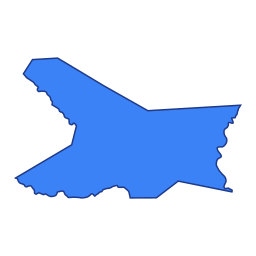 outline of Tomala, Lempira, Honduras
{"feature_id": "27666195B14707888377394", "entity_name": "Tomala", "entity_type": "district", "adm_level": 2, "iso_a3": "HND", "parent_name": "Honduras", "parent_adm1": "Lempira", "projection": "orthographic", "projection_center": [-88.742, 14.255], "detail": "fine", "context": "isolated", "style": "filled", "palette": "blue", "viewbox_px": 256, "rotation_deg": 0, "n_neighbors": 0, "source": "geoboundaries", "source_scale": "gbopen_adm2", "svg_char_len": 5653}
<svg xmlns="http://www.w3.org/2000/svg" viewBox="0 0 256 256"><path d="M240.6,105.2L147.9,110.7L104.0,85.9L57.6,58.1L32.5,59.6L23.4,73.8L24.8,75.4L26.1,77.0L26.7,77.7L27.1,77.9L27.4,78.2L29.1,79.3L31.7,81.0L32.6,81.6L33.2,82.0L33.5,82.3L34.1,82.9L34.5,83.5L35.0,84.3L35.4,84.8L35.7,85.0L37.5,86.4L38.2,87.1L38.3,87.2L38.1,87.7L38.0,88.0L37.7,88.4L37.5,88.7L37.4,89.0L37.4,89.4L37.4,89.8L37.5,90.3L37.8,90.7L38.1,91.1L38.3,91.3L38.6,91.4L39.0,91.5L39.4,91.5L40.0,91.4L41.1,91.2L41.6,91.2L42.3,91.2L44.0,91.3L44.8,91.4L45.3,91.5L45.6,91.7L45.8,91.8L46.1,92.1L46.5,92.5L46.7,92.9L46.9,93.3L47.1,94.0L47.3,94.4L47.6,94.7L48.5,95.4L49.1,96.0L50.0,97.0L50.2,97.3L50.4,98.0L50.7,99.2L50.8,99.6L51.2,100.3L51.7,100.9L52.0,101.3L52.2,101.7L52.4,102.2L52.4,102.4L52.4,102.6L52.0,104.7L52.0,104.8L53.1,105.4L54.6,106.3L58.3,108.6L58.7,109.0L59.1,109.8L59.2,110.2L59.4,110.9L59.5,111.1L59.6,111.3L60.1,111.6L60.7,112.0L61.1,112.1L61.9,112.2L62.2,112.4L62.4,112.5L62.8,113.0L63.3,113.7L63.9,114.7L64.1,115.2L64.2,115.8L64.3,116.2L64.6,116.8L64.9,117.2L65.5,117.6L66.1,118.0L66.6,118.2L67.3,118.4L67.8,118.6L68.4,118.9L68.9,119.3L69.0,119.4L69.1,121.8L69.3,123.2L69.4,123.6L69.7,123.9L70.2,124.3L70.7,124.5L71.0,124.6L71.3,124.7L71.9,124.6L72.3,124.5L72.5,124.4L72.7,124.2L73.0,123.8L73.1,123.7L73.2,123.4L73.3,123.2L73.5,123.1L73.8,123.1L74.1,123.2L74.5,123.5L75.2,124.1L75.5,124.5L75.7,124.8L76.0,125.2L76.2,125.7L76.4,126.1L71.7,144.8L15.4,178.1L15.5,178.2L16.1,178.2L16.7,178.4L17.2,178.7L17.5,178.9L17.6,179.2L17.8,179.7L18.0,180.3L18.5,181.5L19.1,182.3L19.3,182.6L19.5,182.8L19.9,183.0L20.5,183.3L21.2,183.6L22.9,184.1L23.2,184.3L24.0,184.7L24.3,185.0L24.5,185.2L24.6,185.5L24.8,185.9L25.0,186.2L25.2,186.4L25.5,186.6L26.1,186.8L26.4,186.8L26.6,186.8L27.1,186.7L28.0,186.3L28.7,186.1L30.1,185.7L30.3,185.7L30.5,185.7L30.9,185.9L31.2,186.1L31.5,186.4L32.4,187.8L33.3,188.9L33.9,189.6L34.2,189.9L34.3,190.3L34.4,190.7L34.6,193.2L34.6,193.3L34.8,193.5L35.3,193.8L35.9,194.1L36.1,194.1L36.3,194.1L38.9,192.7L42.5,194.3L43.5,194.6L43.9,194.6L44.7,194.2L45.2,193.9L45.4,193.9L46.1,194.2L48.2,195.5L49.2,196.0L49.7,196.2L50.3,196.4L50.7,196.5L51.1,196.5L51.9,196.5L52.7,196.4L54.3,196.0L54.9,195.8L55.4,195.6L55.6,195.5L55.8,195.4L56.2,194.8L56.6,194.1L57.1,193.1L57.2,192.8L57.2,192.4L57.3,192.2L57.5,192.0L58.2,191.8L59.9,191.5L60.1,191.4L60.5,191.3L60.7,191.2L61.5,191.1L62.9,191.2L63.5,191.4L63.7,191.5L63.8,191.7L64.0,192.1L64.8,193.9L65.1,194.5L65.5,194.9L66.1,195.4L66.4,195.7L67.2,196.2L67.5,196.5L67.7,196.8L67.9,197.1L68.1,197.3L68.3,197.4L68.6,197.5L69.3,197.5L73.1,197.2L73.8,197.2L76.3,197.3L79.1,197.5L79.7,197.6L80.7,197.8L81.6,197.9L83.0,197.8L84.8,197.6L85.8,197.4L86.6,197.2L87.5,196.9L88.1,196.6L88.6,196.3L89.2,195.8L90.6,194.7L91.3,193.9L91.5,193.9L92.1,193.8L92.4,193.9L92.8,194.1L93.2,194.4L93.4,194.6L93.7,194.9L94.1,195.5L94.3,195.7L94.7,196.1L94.8,196.1L95.0,196.0L95.6,195.3L96.7,194.5L97.9,193.8L98.6,193.3L98.8,193.1L99.2,192.5L99.7,192.2L100.3,191.9L100.5,191.8L100.9,191.8L101.2,191.8L101.6,191.6L101.9,191.5L102.1,191.2L102.4,190.7L102.7,190.2L103.1,189.8L103.6,189.5L104.6,189.1L105.7,188.8L106.4,188.6L109.0,188.2L110.3,187.9L110.9,187.6L111.3,187.4L111.8,187.0L112.1,186.8L112.5,186.6L113.1,186.4L114.4,186.0L115.4,185.7L116.2,185.6L116.9,185.6L117.3,185.6L117.5,185.8L117.7,186.1L117.8,186.6L117.9,186.8L118.0,187.0L118.4,187.2L118.9,187.3L121.0,187.3L122.1,187.3L123.5,187.2L123.8,187.3L124.1,187.3L125.4,188.4L127.5,190.2L128.4,191.1L128.7,191.5L128.9,192.0L129.2,193.2L129.8,196.0L130.2,197.9L156.4,197.8L178.2,181.1L231.9,191.9L232.1,191.1L232.1,190.3L232.0,190.1L231.7,189.9L230.3,189.2L228.7,188.3L228.4,188.2L228.2,188.1L227.0,188.3L226.3,188.4L225.6,188.6L225.3,188.6L225.1,188.6L224.8,188.3L224.5,188.0L224.3,187.7L224.1,187.3L224.0,186.9L224.0,186.4L224.1,185.9L224.5,184.9L224.8,184.1L225.8,182.1L225.9,181.9L226.0,181.5L226.0,180.7L225.9,180.0L225.8,179.2L225.6,178.5L225.4,177.9L225.1,177.3L224.7,176.8L224.4,176.3L223.9,175.8L222.6,174.5L221.6,173.5L220.4,172.1L219.5,171.0L218.7,169.8L218.0,168.6L216.7,166.1L216.5,165.6L216.4,165.1L216.3,164.4L216.3,163.6L216.4,162.8L216.5,162.1L216.7,161.1L217.0,160.3L217.4,159.6L217.5,159.3L217.7,159.1L218.3,158.7L219.1,158.1L220.3,157.5L220.7,157.3L220.9,157.0L221.1,156.7L221.2,156.1L221.2,155.8L221.1,155.4L220.9,154.9L220.6,154.4L220.3,154.0L218.9,152.2L218.2,151.2L217.7,150.4L217.5,149.9L217.3,149.1L217.2,148.6L217.2,148.2L217.3,147.8L217.5,147.5L217.7,147.3L218.0,147.1L218.8,147.0L219.7,146.9L220.5,146.8L221.5,146.9L222.1,146.9L222.7,146.7L223.1,146.5L223.6,146.2L224.0,145.9L224.7,145.2L225.3,144.5L226.0,143.5L226.2,143.0L226.4,142.6L226.7,141.6L226.8,140.6L226.8,140.1L226.8,139.6L226.6,138.8L226.4,138.1L226.1,137.7L225.5,136.8L225.0,136.0L224.6,135.2L224.3,134.4L224.1,133.4L224.0,132.2L224.0,131.0L224.0,130.7L224.1,130.4L224.3,130.0L224.6,129.6L225.0,129.0L225.4,128.6L225.7,128.4L226.0,128.2L226.7,127.8L227.0,127.6L227.3,127.3L227.5,127.0L227.9,126.2L228.2,125.5L228.3,125.2L228.4,124.8L228.4,124.4L228.3,124.0L228.2,123.6L228.2,123.3L228.3,123.1L228.6,122.7L228.8,122.6L229.0,122.5L229.6,122.5L230.1,122.6L231.2,123.0L232.0,123.2L232.4,123.2L232.6,123.2L232.8,123.2L233.0,123.1L233.1,122.9L233.1,122.7L233.1,122.3L233.0,122.0L232.8,121.2L232.5,120.4L231.8,118.8L231.7,118.5L231.7,118.3L231.7,118.1L231.9,118.0L232.2,117.9L233.6,117.8L234.9,117.8L235.2,117.6L235.3,117.4L235.5,117.0L235.5,116.5L235.6,116.3L235.7,115.8L235.9,115.5L236.1,115.3L236.8,114.7L237.0,114.3L237.3,112.8L237.6,111.4L237.7,111.1L238.1,110.3L238.2,109.9L238.3,109.4L238.4,108.8L238.5,108.5L238.8,108.0L239.6,106.9L240.6,105.2Z" fill="#3b82f6" stroke="#1e3a8a" stroke-width="1.5"/></svg>